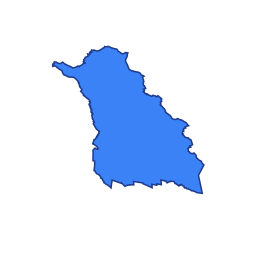 the district of Ban Na, Nakhon Nayok, Thailand, rotated 310°
{"feature_id": "78962969B12368211729718", "entity_name": "Ban Na", "entity_type": "district", "adm_level": 2, "iso_a3": "THA", "parent_name": "Thailand", "parent_adm1": "Nakhon Nayok", "projection": "equal_earth", "projection_center": [101.083, 14.274], "detail": "fine", "context": "isolated", "style": "filled", "palette": "blue", "viewbox_px": 256, "rotation_deg": 310, "n_neighbors": 0, "source": "geoboundaries", "source_scale": "gbopen_adm2", "svg_char_len": 5860}
<svg xmlns="http://www.w3.org/2000/svg" viewBox="0 0 256 256"><g transform="rotate(310 128 128)"><path d="M185.4,79.7L185.1,79.1L185.0,79.3L184.6,78.9L184.4,77.8L183.1,77.1L181.9,76.7L181.0,75.9L180.8,72.7L180.5,71.3L181.2,69.2L181.1,68.4L180.3,67.1L178.8,63.8L178.6,62.5L178.0,61.3L177.8,60.2L177.1,60.0L176.6,59.5L176.0,58.8L175.4,57.7L174.0,58.0L172.5,57.2L171.5,57.3L170.4,56.5L169.6,56.5L168.1,55.7L166.7,54.4L166.4,53.2L166.0,52.4L165.9,51.8L164.9,51.2L164.8,50.9L164.5,50.7L164.4,50.3L164.2,50.6L163.5,50.6L163.3,51.1L162.9,50.2L162.5,50.2L162.4,50.8L162.2,51.0L162.0,50.7L161.7,50.8L161.5,50.6L161.4,50.1L161.2,50.1L161.3,50.5L161.2,50.9L160.5,51.1L160.2,51.0L159.7,51.6L159.5,51.4L159.5,51.0L159.0,50.7L159.1,50.0L158.8,49.5L157.6,51.2L154.5,49.8L154.2,49.9L153.9,50.3L151.8,50.2L151.7,51.1L150.1,51.0L149.9,51.2L149.9,52.1L150.3,53.1L150.3,53.4L150.0,53.5L149.7,53.4L148.9,52.3L147.9,52.3L146.5,52.1L144.7,51.2L143.6,51.2L143.4,50.0L142.9,49.5L141.4,49.2L139.0,47.5L138.5,47.0L138.4,45.9L137.8,43.4L137.1,41.7L137.0,40.0L136.4,38.5L136.5,36.6L136.4,35.6L134.2,35.0L133.3,34.0L133.0,33.1L132.4,32.3L132.6,31.2L132.3,30.5L131.3,29.1L130.7,29.1L130.1,30.0L129.6,30.2L129.2,30.0L128.8,29.3L128.2,29.5L126.8,30.8L127.2,31.2L128.5,31.9L128.8,32.9L128.9,33.4L128.7,34.7L128.9,35.9L128.8,37.3L129.1,38.3L129.3,40.8L129.1,41.4L128.4,42.0L128.3,42.4L128.0,42.9L127.6,44.3L127.5,45.1L128.1,46.0L128.6,48.8L129.2,50.2L132.0,53.8L132.0,57.7L131.2,61.1L130.9,60.8L129.7,63.0L128.9,63.9L129.0,64.3L129.0,64.6L128.5,64.7L127.8,68.1L125.7,68.1L125.5,69.4L125.6,69.9L125.3,71.7L124.9,72.2L124.8,72.8L124.4,72.8L124.3,74.2L124.7,74.2L124.4,77.7L124.6,77.7L124.7,79.0L124.6,80.3L124.2,81.5L123.8,81.4L123.7,81.8L123.4,81.7L123.4,82.5L122.4,82.7L122.2,83.2L121.3,82.9L121.1,83.8L120.8,83.7L120.8,84.5L120.3,84.5L120.2,84.9L120.5,84.9L120.4,85.5L120.2,85.8L119.7,85.7L119.5,86.5L119.1,86.4L118.8,88.2L118.4,87.8L117.6,88.6L116.6,89.2L116.8,90.1L116.4,90.1L116.4,91.5L115.7,91.4L115.6,92.2L114.3,92.1L114.1,92.8L112.3,94.6L112.4,94.9L112.1,95.2L112.3,95.6L111.9,96.0L111.7,96.6L111.3,97.2L110.7,97.2L110.6,98.6L109.2,98.5L108.7,99.0L108.3,100.7L107.4,102.8L106.8,105.0L107.1,107.9L106.5,108.0L106.5,108.5L105.5,108.7L105.4,109.1L105.0,109.4L104.5,109.1L103.4,109.1L103.4,109.6L102.5,109.5L102.4,109.7L101.8,109.7L101.8,109.8L101.0,109.6L100.8,109.6L100.6,110.1L100.4,109.9L100.6,109.7L98.1,110.2L97.4,109.4L94.0,110.9L94.0,111.1L93.4,111.0L93.2,111.2L93.6,112.5L93.6,113.3L93.8,113.9L93.8,116.0L93.1,118.2L92.8,118.2L92.5,118.5L92.2,118.4L91.6,117.5L91.5,116.0L91.2,116.0L91.0,115.5L89.0,115.4L88.1,115.7L86.8,117.0L80.4,122.2L81.2,123.6L81.1,123.8L77.8,126.6L73.6,129.3L74.0,130.3L73.3,131.3L72.9,133.1L73.2,134.7L73.4,135.1L73.3,135.6L73.7,135.9L73.5,136.4L73.3,137.5L72.8,138.7L72.1,139.1L72.3,140.3L72.7,140.9L72.2,141.4L71.5,142.8L71.4,144.3L71.1,144.6L70.8,144.5L70.6,144.8L70.9,145.6L70.7,147.0L71.2,148.6L71.2,150.2L71.4,151.7L71.2,153.5L77.9,149.3L81.4,158.7L81.8,158.5L81.3,163.1L83.1,163.9L85.2,165.6L85.4,166.0L85.6,165.9L88.2,169.0L90.6,166.6L95.4,174.7L94.9,175.2L97.8,184.9L100.2,182.5L102.7,186.8L103.6,185.9L106.0,190.0L109.3,186.7L110.8,189.4L110.8,189.9L111.1,190.0L111.4,190.8L111.8,191.1L111.5,192.1L111.2,192.3L111.3,192.8L111.1,193.2L111.9,193.6L112.6,193.6L113.1,194.1L113.7,194.2L114.0,194.7L114.3,194.5L116.3,197.3L116.3,198.9L115.7,199.4L115.6,199.7L116.3,200.8L116.1,201.8L116.3,202.6L116.2,204.0L116.7,204.4L117.4,204.0L118.0,205.2L118.9,205.0L119.2,205.2L118.9,207.0L119.0,207.5L119.4,208.1L119.2,208.8L118.6,209.1L118.5,210.0L119.5,211.1L119.5,211.5L119.2,211.9L120.4,214.3L120.7,215.6L120.7,216.9L121.2,217.7L121.8,218.3L121.8,219.2L122.3,220.0L122.8,222.0L122.7,222.2L125.7,226.9L137.0,212.4L148.5,209.9L148.6,207.9L149.0,206.5L149.7,205.6L149.1,203.1L149.2,199.9L150.1,198.4L150.8,197.9L151.3,194.6L149.7,193.8L149.1,192.4L148.7,191.4L149.2,190.6L148.9,189.1L149.6,188.7L150.7,187.2L151.4,187.5L152.0,187.0L152.3,187.0L153.4,188.2L153.8,186.9L154.0,186.7L154.2,186.9L154.6,187.7L156.7,188.1L157.0,187.9L157.3,186.9L158.0,186.4L158.6,185.0L159.4,183.9L158.9,181.3L159.2,180.8L159.2,180.5L157.6,177.9L158.0,176.2L158.0,174.0L158.9,174.2L158.8,173.0L160.4,172.1L161.2,171.9L161.3,172.7L162.5,171.8L163.2,170.9L165.1,172.2L165.4,171.1L167.1,171.9L168.7,172.9L168.8,171.6L169.4,169.4L169.4,168.8L168.9,166.7L168.9,166.0L168.5,163.6L167.5,162.2L167.4,160.7L167.1,159.9L165.1,159.0L163.7,156.6L163.6,155.3L164.3,153.9L164.7,152.1L164.4,151.1L164.5,150.6L164.3,149.8L164.6,149.2L164.3,148.3L164.2,146.7L164.3,146.2L164.8,146.2L165.1,145.8L165.3,145.0L165.9,144.2L166.1,143.4L166.0,142.5L166.5,140.1L166.4,139.4L166.5,138.9L166.3,138.3L166.6,137.8L167.0,138.1L167.4,137.9L167.6,137.5L167.8,137.4L168.0,137.0L168.2,136.9L168.3,136.5L168.6,136.5L168.9,136.1L169.4,136.5L169.7,136.3L170.0,136.6L170.4,136.0L171.1,135.6L171.1,135.4L171.3,135.5L171.7,135.0L172.1,134.8L172.0,132.7L171.9,132.2L172.1,130.9L171.9,130.2L170.4,130.0L170.3,128.6L170.0,128.5L169.9,128.0L169.6,127.7L169.4,126.5L168.6,125.8L167.9,126.1L167.3,125.4L167.1,124.3L166.9,123.9L166.8,123.4L166.6,123.4L166.5,123.0L166.4,122.3L166.6,121.9L166.5,121.2L166.3,120.9L166.4,120.7L166.3,120.4L166.0,120.6L166.0,120.2L165.8,120.0L165.6,120.1L165.6,119.7L165.4,119.4L165.4,118.8L165.6,118.6L165.7,118.3L165.6,117.6L165.7,117.0L165.6,116.7L165.6,116.4L166.2,116.6L166.4,116.5L166.7,116.7L167.0,116.4L167.4,116.4L167.7,114.9L169.6,116.2L170.9,113.4L170.6,113.0L170.8,112.3L171.7,111.0L172.0,110.8L172.6,110.9L173.4,110.2L174.0,110.1L174.1,109.6L174.9,108.9L175.7,107.2L176.2,106.5L178.0,107.0L177.8,105.6L177.3,104.7L177.2,103.8L177.7,102.8L177.8,102.2L177.4,99.8L176.8,99.2L175.8,97.1L175.1,96.1L175.0,95.2L174.3,94.3L174.0,93.5L173.8,90.9L174.1,90.2L175.8,87.3L177.3,83.8L177.9,82.8L180.1,81.8L181.9,81.5L184.7,79.8L185.4,79.7Z" fill="#3b82f6" stroke="#1e3a8a" stroke-width="1.5"/></g></svg>